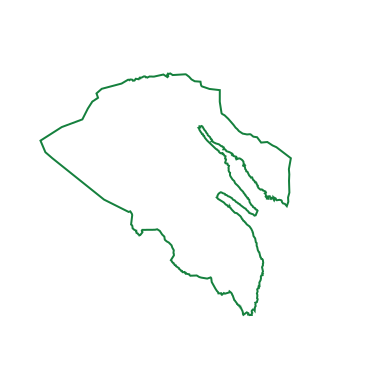 Húnaþing vestra, Norðurland vestra, Iceland (Mercator projection), rotated 147°
{"feature_id": "244011B78038893235430", "entity_name": "Húnaþing vestra", "entity_type": "district", "adm_level": 2, "iso_a3": "ISL", "parent_name": "Iceland", "parent_adm1": "Norðurland vestra", "projection": "mercator", "projection_center": [-20.962, 65.308], "detail": "fine", "context": "isolated", "style": "outline", "palette": "green", "viewbox_px": 384, "rotation_deg": 147, "n_neighbors": 0, "source": "geoboundaries", "source_scale": "gbopen_adm2", "svg_char_len": 6068}
<svg xmlns="http://www.w3.org/2000/svg" viewBox="0 0 384 384"><g transform="rotate(147 192 192)"><path d="M291.1,317.6L293.3,305.2L290.7,296.3L269.9,233.5L256.0,209.8L254.3,209.4L254.3,206.5L254.7,205.2L260.8,197.9L260.5,197.2L260.5,196.1L261.6,193.8L261.3,193.1L261.2,192.2L260.0,190.1L260.2,189.8L259.9,189.7L260.8,187.9L260.1,186.7L260.1,185.7L259.7,185.0L259.8,184.3L258.8,184.1L255.5,185.2L255.3,185.5L255.4,186.2L255.2,186.9L254.3,187.3L243.6,180.5L241.5,179.7L240.2,176.9L240.2,172.6L239.5,169.7L240.7,167.0L240.7,166.4L240.1,164.3L239.0,162.3L238.2,158.4L238.8,156.2L239.0,153.1L240.8,150.9L240.9,150.1L241.7,148.7L246.9,146.3L246.6,144.8L246.8,143.9L246.2,142.5L246.5,142.2L246.1,140.9L246.3,140.1L245.5,139.2L245.8,138.5L244.4,135.1L244.7,134.5L244.1,133.0L244.2,132.1L243.4,131.3L243.7,130.7L243.4,129.7L241.8,129.0L241.6,128.1L241.9,127.8L241.8,127.1L241.2,127.2L241.1,126.4L239.1,124.4L239.3,123.7L239.0,122.7L233.5,119.4L232.2,116.7L230.8,115.1L226.4,111.1L222.9,110.2L222.8,109.3L224.5,105.7L225.0,98.3L225.0,95.5L224.7,93.8L225.1,92.6L222.7,91.2L223.1,90.0L222.9,89.5L220.3,89.9L219.8,88.8L215.5,87.5L214.7,88.2L214.0,86.1L214.0,84.8L214.3,83.9L214.2,83.1L215.4,78.2L215.1,77.5L215.2,76.7L215.0,74.9L215.2,73.5L214.9,73.3L214.9,72.0L214.1,71.1L214.5,70.3L213.8,69.6L214.4,68.6L214.0,67.8L214.4,66.5L214.4,65.2L215.0,63.1L215.7,62.0L215.8,61.0L211.6,61.2L210.9,59.7L211.3,59.2L210.9,59.2L211.1,58.3L211.0,57.6L208.8,56.3L208.0,57.7L207.3,57.8L207.0,59.3L206.5,59.9L204.8,60.3L204.2,59.8L204.1,58.3L202.1,61.0L200.7,61.7L200.2,63.0L199.3,64.0L199.2,64.7L197.6,64.3L195.4,66.2L195.2,66.7L195.3,67.5L193.9,69.1L193.1,70.4L192.9,71.5L191.2,72.8L190.3,74.9L189.0,75.1L187.8,76.3L187.7,75.7L187.1,76.4L186.7,76.2L184.8,79.4L182.5,80.7L181.1,82.1L180.4,83.5L179.3,84.2L178.2,83.8L178.0,84.5L177.1,84.8L177.3,85.7L175.8,86.6L174.2,90.8L172.3,92.0L171.7,93.2L170.9,93.7L169.6,96.4L169.6,97.6L170.3,98.1L169.9,99.7L170.1,100.1L168.4,104.9L168.7,105.4L168.4,107.6L167.3,110.3L167.1,111.6L165.6,114.0L165.8,115.1L164.3,118.7L164.4,121.6L163.1,124.5L163.2,125.0L162.8,125.7L162.4,128.8L162.5,131.8L163.6,134.7L163.8,135.9L163.8,137.4L164.1,137.8L164.1,139.1L164.6,139.9L164.5,141.8L164.8,142.4L164.5,143.7L164.6,145.4L166.0,149.9L167.4,151.3L168.2,155.3L168.4,157.3L168.3,157.9L168.7,158.5L168.5,159.6L168.9,159.2L169.2,159.5L168.8,159.7L169.6,160.1L169.9,162.3L170.5,163.0L171.0,165.9L173.9,172.0L174.2,174.0L173.7,174.0L173.9,173.5L172.6,175.1L170.6,176.1L168.2,176.2L167.4,175.5L167.0,174.5L165.6,172.7L165.4,172.2L165.6,171.5L164.7,170.7L164.0,168.7L163.2,167.8L161.8,164.9L161.8,163.4L160.7,161.6L160.5,159.8L159.5,157.9L159.5,157.1L158.6,155.9L158.6,155.0L156.7,149.7L156.1,148.9L156.0,147.0L155.4,145.2L155.5,144.1L155.1,143.5L155.3,143.1L152.8,139.8L152.5,138.2L151.3,137.8L147.2,140.6L147.3,141.7L147.9,142.4L147.9,143.5L148.2,143.8L148.0,144.2L149.0,146.1L148.8,146.7L148.9,147.8L149.3,148.7L149.2,152.1L148.2,154.5L148.7,155.7L148.4,156.3L148.8,156.5L148.7,156.9L149.0,160.1L148.8,160.5L149.1,161.1L148.9,162.2L149.2,163.0L149.0,164.3L149.8,167.9L149.8,169.7L150.2,172.5L150.9,175.1L151.0,176.4L150.6,178.2L151.2,180.4L151.2,184.2L150.9,185.6L149.6,187.4L149.9,188.1L149.7,189.9L148.5,191.6L148.3,192.4L146.7,193.8L147.3,195.4L146.8,196.5L148.2,197.8L148.2,198.6L145.8,200.6L145.7,201.4L146.0,201.6L146.0,202.1L144.4,203.7L145.1,205.0L144.9,205.6L145.0,206.8L145.7,207.1L145.3,208.1L146.9,208.9L147.3,209.9L147.5,211.1L147.2,212.2L147.9,213.2L147.9,214.2L148.5,215.1L151.3,227.0L151.7,230.7L151.3,232.5L151.8,232.9L151.6,233.6L151.7,234.0L151.4,234.5L152.1,235.3L151.8,236.6L152.0,237.2L151.9,240.3L151.5,241.1L151.6,242.1L150.5,241.7L150.1,242.1L150.2,242.8L150.0,243.0L149.7,242.5L149.6,242.8L149.6,242.4L148.1,242.2L147.6,241.3L147.8,237.3L147.5,235.5L147.7,233.8L147.4,232.5L147.8,231.1L147.0,228.3L147.3,226.1L147.0,225.9L146.9,224.9L147.0,224.2L147.8,223.9L147.3,223.7L147.0,222.2L145.5,219.7L143.5,217.4L142.5,214.6L141.7,213.8L141.8,213.2L141.1,212.3L141.2,211.5L142.4,210.7L141.0,209.7L140.8,208.3L140.9,207.5L138.8,204.9L137.3,202.1L137.4,201.4L138.3,201.3L138.2,200.7L137.4,200.3L137.4,199.3L135.7,197.5L135.8,196.5L136.8,196.4L137.0,195.2L134.2,194.6L133.4,193.7L132.5,191.5L132.3,189.6L133.4,187.3L133.0,186.7L133.1,185.5L134.1,184.7L134.0,184.2L134.9,182.1L134.7,181.4L135.0,179.9L135.2,179.7L134.5,178.7L135.0,175.1L135.0,174.2L134.6,173.0L134.8,172.1L133.6,171.4L134.0,170.0L134.1,168.5L133.6,167.6L133.9,165.7L133.7,165.3L133.7,165.9L133.2,165.6L133.4,164.9L133.1,164.2L133.6,162.9L133.3,161.5L134.0,160.9L133.9,159.9L134.1,159.3L133.3,156.7L132.1,156.2L131.6,155.3L131.8,154.9L130.1,152.4L130.3,151.2L131.6,151.2L131.4,150.4L132.2,147.8L132.7,147.8L132.6,147.0L133.0,146.7L132.7,146.9L132.4,146.3L132.8,145.7L131.7,144.8L131.2,146.3L130.6,146.9L129.1,146.1L129.6,143.8L128.7,144.0L128.3,143.7L128.5,143.2L127.4,143.4L127.5,142.1L126.7,143.2L126.6,142.1L126.9,141.0L125.8,141.9L125.3,140.9L125.7,139.5L125.4,138.9L122.9,137.8L121.7,136.5L121.5,136.0L122.0,134.5L121.9,132.9L120.6,131.5L120.2,128.5L116.6,131.3L114.4,135.1L110.7,138.4L104.5,148.6L100.8,153.8L98.3,158.4L90.7,166.5L96.8,183.6L99.1,187.2L101.6,192.9L107.1,195.8L107.6,202.5L110.4,205.0L111.4,208.3L111.9,208.9L114.5,210.3L117.7,213.4L119.5,217.6L119.8,220.1L120.4,222.2L120.6,225.5L121.7,233.5L122.9,238.6L124.2,241.0L124.3,242.0L119.6,252.5L113.2,262.3L121.2,268.9L126.1,275.1L126.3,275.8L126.1,277.0L124.8,279.9L129.4,283.4L131.1,286.7L131.7,290.3L132.9,293.7L133.4,294.3L144.5,300.6L145.7,303.3L147.5,303.7L147.7,304.3L149.1,303.7L149.2,303.3L148.9,302.8L149.3,302.6L149.1,302.0L150.0,301.7L152.0,306.1L161.1,309.5L164.7,312.0L167.2,312.3L167.5,313.1L168.3,313.4L168.5,314.6L169.6,315.2L171.9,315.4L173.3,316.2L173.6,315.6L174.4,316.1L175.3,315.6L177.5,317.6L179.5,316.8L180.9,317.5L180.8,318.4L181.1,318.9L182.4,319.9L183.6,319.9L183.7,320.5L184.6,321.0L192.0,321.3L211.5,327.7L218.4,326.7L219.5,322.2L226.4,322.1L233.9,318.7L244.4,312.6L265.9,317.4L291.1,317.6ZM135.3,187.0L134.5,185.8L134.0,185.8L135.3,187.0Z" fill="none" stroke="#15803d" stroke-width="2"/></g></svg>